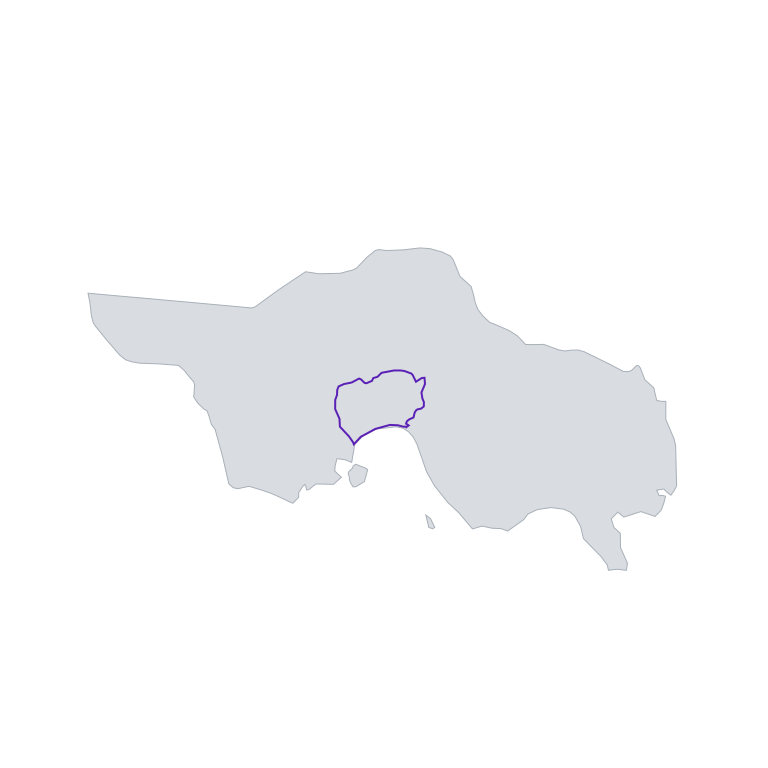 Gabès on a map of Tunisia (Natural Earth projection), rotated 107°
{"feature_id": "TUN-111", "entity_name": "Gabès", "entity_type": "Governorate", "adm_level": 1, "iso_a3": "TUN", "parent_name": "Tunisia", "parent_adm1": "", "projection": "natural_earth1", "projection_center": [9.729, 33.79], "detail": "coarse", "context": "in_parent", "style": "outline", "palette": "violet", "viewbox_px": 768, "rotation_deg": 107, "n_neighbors": 0, "source": "natural_earth", "source_scale": "10m", "svg_char_len": 3046}
<svg xmlns="http://www.w3.org/2000/svg" viewBox="0 0 768 768"><g transform="rotate(107 384 384)"><path d="M524.6,436.2L524.5,438.5L522.1,455.0L521.5,461.0L521.2,471.1L521.3,483.2L527.0,493.4L527.2,497.9L525.0,503.1L514.6,509.1L501.1,516.8L489.5,524.2L476.8,532.2L473.0,537.4L466.7,541.4L461.4,545.3L460.5,549.2L456.8,556.4L452.0,562.2L439.9,564.9L437.6,566.7L432.0,575.4L429.5,578.8L426.3,586.0L430.4,604.5L435.5,623.6L436.5,631.6L436.4,638.2L433.6,645.3L427.1,655.5L422.4,663.0L413.3,676.5L410.6,679.8L404.4,683.7L392.2,689.0L383.7,693.6L379.4,673.0L375.7,655.4L372.6,641.0L367.3,615.5L362.7,593.8L358.2,572.2L354.1,552.6L350.0,532.9L348.2,530.0L335.8,520.7L324.4,512.1L312.5,502.4L299.6,491.8L297.6,478.5L291.0,458.4L284.1,447.2L281.5,444.3L267.4,437.1L259.3,431.7L257.1,428.7L255.6,420.5L249.9,404.3L243.4,389.5L241.1,379.5L240.8,367.0L242.2,357.9L245.1,354.0L258.9,342.8L265.3,329.2L273.1,324.1L279.9,320.3L285.5,315.8L290.4,308.7L294.1,301.0L294.8,292.8L296.4,279.7L299.0,270.5L304.8,260.1L302.4,251.8L299.4,242.8L300.3,227.2L299.6,220.9L297.1,215.3L294.7,208.1L294.6,202.1L297.1,186.4L299.0,174.5L302.0,158.9L301.0,154.5L298.8,151.3L292.3,147.8L292.2,145.8L293.8,143.5L303.6,135.9L308.8,124.8L313.2,122.4L319.9,118.4L319.6,114.1L318.2,109.4L335.4,104.2L351.9,90.4L357.7,87.1L395.9,74.4L400.8,75.3L406.4,77.1L404.8,81.9L402.6,85.6L405.8,92.2L410.4,88.2L409.2,85.5L409.0,81.9L416.8,81.6L423.8,82.1L431.4,86.1L430.9,101.0L441.1,115.7L438.2,123.0L446.6,127.3L454.0,122.1L457.7,114.4L471.3,110.0L484.2,98.8L491.3,97.7L493.0,106.9L496.5,114.9L491.6,117.7L485.4,126.3L473.6,148.0L462.7,154.4L454.6,162.8L452.0,168.7L451.2,175.7L453.3,188.1L459.3,200.7L466.2,208.3L472.8,210.7L488.4,222.7L488.1,229.9L490.3,238.4L491.2,248.7L496.7,257.0L485.2,274.9L478.9,287.9L466.6,305.9L455.6,317.5L432.0,334.8L426.2,340.5L422.5,346.5L420.7,352.7L421.4,360.0L429.2,378.0L439.5,388.6L450.1,394.3L468.4,392.0L467.8,398.9L469.1,407.2L476.6,406.8L481.6,405.6L485.7,397.5L494.7,403.0L499.5,419.9L507.1,425.1L508.0,427.1L505.3,428.4L503.2,430.3L505.5,431.7L512.8,433.8L517.2,432.5L524.6,436.2ZM485.7,389.1L483.8,389.5L480.4,391.9L478.6,392.2L473.5,389.5L471.5,389.5L469.0,387.7L469.8,377.5L470.6,374.6L483.1,374.2L489.9,380.3L491.0,381.9L491.3,383.7L488.2,387.1L485.7,389.1ZM508.0,299.3L497.1,305.6L499.2,300.1L506.3,293.5L508.2,295.1L508.0,299.3Z" fill="#d9dde1" stroke="#a8b0b8" stroke-width="1"/><path d="M418.6,349.9L418.3,350.1L419.2,353.3L419.4,358.6L421.4,366.4L429.5,379.2L441.3,390.8L450.5,395.2L448.8,396.5L444.4,402.1L437.7,413.7L430.3,416.4L422.2,423.4L413.4,426.0L408.3,425.7L403.4,427.0L399.6,426.7L395.7,422.2L392.0,415.3L386.1,409.5L386.3,407.3L388.6,403.0L388.4,401.0L384.5,396.4L381.5,396.0L379.0,392.3L374.0,389.6L368.2,378.5L366.2,372.1L365.6,368.2L366.0,361.0L367.0,359.2L372.5,354.1L367.3,349.7L366.2,347.1L372.0,344.8L381.2,345.7L386.7,343.0L389.7,340.5L393.9,339.4L396.6,341.2L398.5,344.6L399.8,345.6L402.2,346.3L407.4,346.0L410.4,349.5L413.0,351.2L415.5,351.3L416.4,348.3L418.6,349.9Z" fill="none" stroke="#5b21b6" stroke-width="2"/></g></svg>